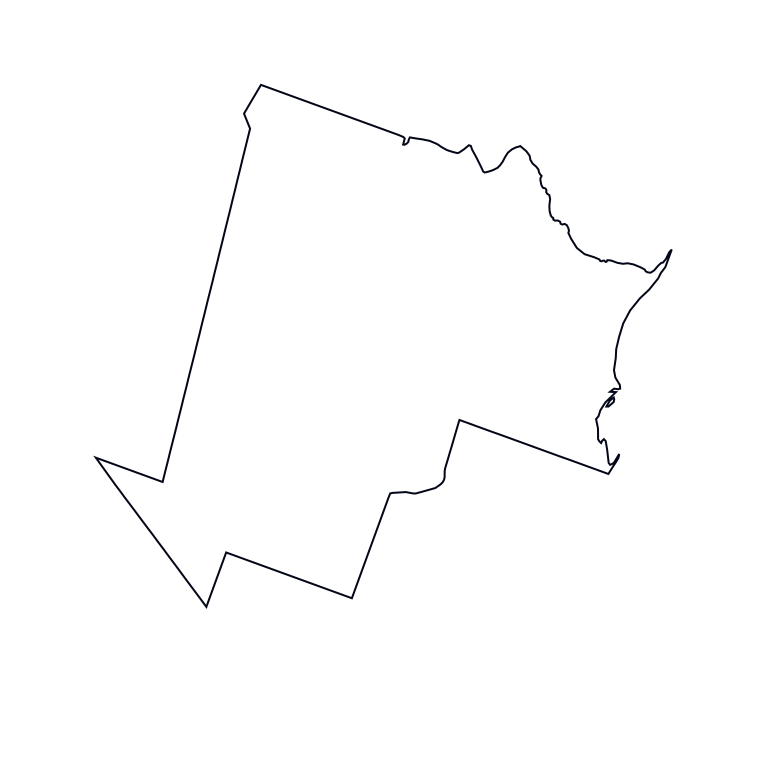 SVG path tracing the border of Mauritania, rotated 200°
{"feature_id": "MRT", "entity_name": "Mauritania", "entity_type": "country or territory", "adm_level": 0, "iso_a3": "MRT", "parent_name": "Africa", "parent_adm1": "", "projection": "mercator", "projection_center": [-11.622, 21.016], "detail": "fine", "context": "isolated", "style": "outline", "palette": "ink", "viewbox_px": 768, "rotation_deg": 200, "n_neighbors": 0, "source": "natural_earth", "source_scale": "50m", "svg_char_len": 4019}
<svg xmlns="http://www.w3.org/2000/svg" viewBox="0 0 768 768"><g transform="rotate(200 384 384)"><path d="M330.3,651.6L329.5,651.2L325.2,648.3L323.1,644.7L319.8,642.0L315.1,640.2L312.1,638.2L310.7,635.9L309.0,634.4L307.2,633.6L307.0,632.7L307.4,631.6L307.0,629.5L304.2,624.8L301.7,622.7L299.5,623.0L298.3,622.4L297.5,621.4L297.3,619.9L295.8,618.6L293.2,618.0L291.1,614.5L289.6,608.1L287.5,603.1L285.0,599.5L283.3,598.2L281.9,598.0L281.5,597.4L281.1,596.4L279.2,596.0L276.5,597.1L274.0,596.7L272.8,595.0L271.1,594.8L269.0,596.2L266.6,595.8L264.1,593.5L262.6,591.3L262.4,589.0L257.9,584.5L249.3,577.8L239.9,574.6L229.8,575.0L224.1,574.7L222.9,573.6L221.6,573.7L220.3,574.9L219.0,575.2L217.6,574.5L216.7,575.0L216.4,576.8L212.8,577.7L206.0,577.7L200.5,578.7L196.3,580.8L190.4,581.7L182.7,581.4L178.1,580.7L176.6,579.4L174.3,579.1L171.5,579.8L169.0,583.1L166.7,589.2L164.9,592.6L163.4,593.5L161.8,597.9L161.0,605.5L159.6,608.8L159.6,590.0L161.8,583.0L162.5,576.9L167.2,563.2L172.8,552.1L177.9,537.2L179.9,522.8L179.2,508.7L177.7,496.1L175.1,487.7L172.6,475.6L168.8,469.2L162.0,463.7L160.5,460.4L162.1,459.2L166.2,458.3L168.9,454.0L163.3,455.7L169.7,442.3L171.7,433.2L171.4,427.2L172.7,423.5L167.7,415.4L163.9,405.3L161.9,403.7L159.8,402.8L159.6,405.2L158.5,407.4L156.1,406.1L151.9,398.7L145.9,386.7L143.9,385.4L142.1,387.1L141.0,388.7L139.0,398.7L138.4,394.7L139.3,390.0L140.7,384.2L142.4,376.2L147.5,376.2L156.7,376.2L165.9,376.2L175.1,376.2L184.3,376.2L193.5,376.1L202.7,376.1L211.9,376.1L221.2,376.1L230.4,376.1L239.6,376.1L248.8,376.1L258.0,376.1L267.2,376.0L276.4,376.0L285.6,376.0L294.8,376.0L300.8,376.0L300.5,370.3L300.2,365.7L299.8,359.6L299.4,353.5L299.0,347.4L298.7,341.7L298.3,336.0L298.0,330.6L297.7,325.7L297.2,322.9L295.2,317.3L294.8,314.6L295.3,311.6L296.6,308.9L300.2,303.8L305.6,299.9L311.9,295.4L316.7,292.0L319.2,291.1L326.6,289.9L332.5,287.3L338.3,284.8L340.7,283.4L340.9,278.6L340.9,273.3L340.9,267.3L340.9,261.4L340.9,255.4L340.9,249.4L340.9,243.4L340.9,237.4L340.9,231.4L340.9,225.4L340.9,219.4L340.9,213.3L340.9,207.3L340.9,201.3L340.9,195.2L340.9,189.2L340.9,183.1L340.9,177.0L340.9,171.7L347.0,171.7L354.4,171.7L361.9,171.7L369.4,171.7L376.9,171.7L384.3,171.7L391.8,171.7L399.3,171.7L406.8,171.7L414.2,171.7L421.7,171.7L429.2,171.7L436.7,171.7L444.1,171.7L451.6,171.7L459.1,171.7L466.6,171.7L474.7,171.7L474.7,166.6L474.7,159.3L474.7,149.2L474.7,139.1L474.7,130.2L474.7,121.3L474.7,113.8L482.2,118.8L489.8,123.8L497.3,128.7L504.9,133.7L512.4,138.7L520.0,143.7L527.5,148.6L535.0,153.6L542.6,158.5L550.1,163.5L557.7,168.4L565.2,173.3L572.8,178.3L580.3,183.2L587.9,188.1L595.4,193.1L601.7,197.2L611.4,203.8L620.5,210.0L629.6,216.2L615.5,216.2L596.8,216.2L584.0,216.2L570.8,216.2L558.5,216.2L559.6,226.3L560.7,237.3L561.9,248.2L563.0,259.1L564.1,270.1L565.3,281.0L566.4,291.8L567.6,302.7L568.7,313.5L569.9,324.3L571.0,335.1L572.1,345.9L573.3,356.6L574.4,367.4L575.6,378.1L576.7,388.8L577.9,399.5L579.0,410.1L580.1,420.8L581.3,431.4L582.4,442.0L583.6,452.6L584.7,463.2L585.9,473.8L587.0,484.3L588.1,494.8L589.3,505.4L590.4,515.9L591.6,526.3L592.7,536.8L593.9,547.3L595.0,557.7L596.1,568.1L597.2,578.2L602.0,583.5L608.0,590.2L606.3,599.6L604.2,610.8L601.9,623.0L593.4,623.0L585.2,623.0L577.1,623.0L568.9,623.0L560.7,623.0L552.5,623.0L544.3,623.0L536.1,623.0L528.0,623.0L519.8,623.0L511.6,623.0L503.4,623.0L495.2,623.0L487.0,623.0L478.9,623.0L470.7,623.0L462.5,623.0L454.9,623.0L450.2,622.7L448.5,621.8L447.9,615.5L446.5,615.9L444.9,617.7L444.0,619.7L444.3,622.4L444.0,624.6L438.8,625.5L431.7,627.0L424.2,628.1L416.7,627.7L414.1,627.2L411.3,626.4L405.3,625.4L402.1,625.4L398.3,625.6L393.9,626.1L392.5,627.2L389.1,631.9L385.9,637.4L383.8,637.4L381.4,634.4L374.9,628.7L367.1,621.3L363.5,617.6L361.6,617.2L357.8,619.8L354.6,622.4L351.2,626.0L349.7,629.4L348.5,633.5L347.9,638.3L346.7,643.8L344.0,648.3L340.7,651.7L338.3,653.3L337.4,654.2L330.3,651.6ZM166.1,445.7L163.5,449.9L162.4,448.3L162.0,445.6L164.2,441.7L165.3,439.6L167.3,438.9L166.1,445.7Z" fill="none" stroke="#020617" stroke-width="2"/></g></svg>